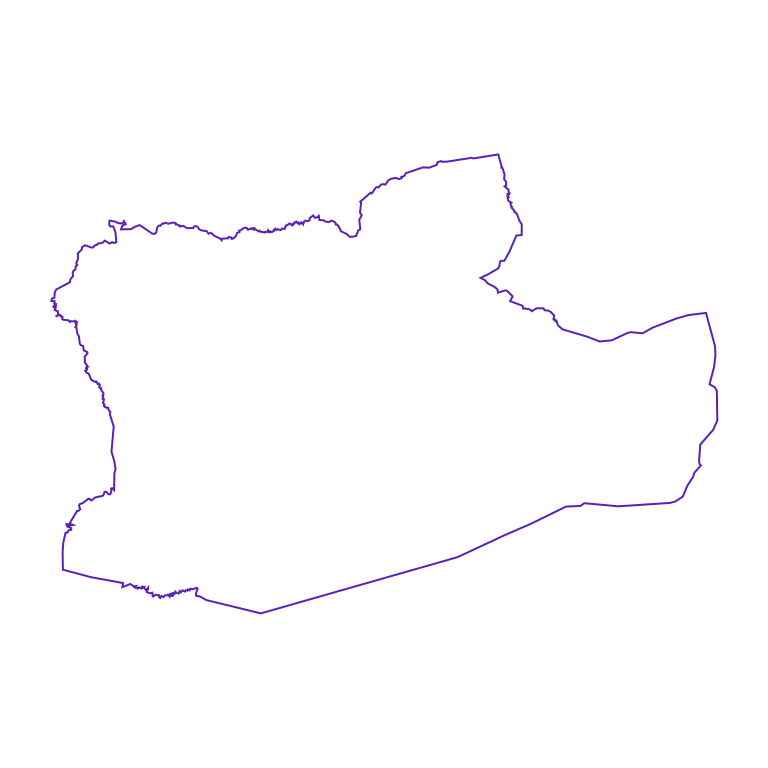 outline of Nueva Ecija, Nueva Ecija, Philippines, rotated 91°
{"feature_id": "2640588B46982966730152", "entity_name": "Nueva Ecija", "entity_type": "district", "adm_level": 2, "iso_a3": "PHL", "parent_name": "Philippines", "parent_adm1": "Nueva Ecija", "projection": "robinson", "projection_center": [120.823, 15.657], "detail": "fine", "context": "isolated", "style": "outline", "palette": "violet", "viewbox_px": 768, "rotation_deg": 91, "n_neighbors": 0, "source": "geoboundaries", "source_scale": "gbopen_adm2", "svg_char_len": 6120}
<svg xmlns="http://www.w3.org/2000/svg" viewBox="0 0 768 768"><g transform="rotate(91 384 384)"><path d="M615.5,503.2L555.8,307.4L533.6,261.9L520.9,234.1L503.4,199.9L502.5,185.5L499.7,181.6L502.2,147.5L497.9,96.0L496.4,90.7L491.4,83.3L480.4,78.9L471.7,73.5L467.3,72.1L459.9,65.8L458.2,67.2L454.9,67.6L439.0,66.7L424.2,54.2L414.7,50.1L385.1,51.1L381.6,53.1L378.5,58.5L360.9,54.2L349.5,53.1L340.5,53.7L307.3,63.3L309.8,80.9L313.4,92.7L322.9,116.3L328.7,126.2L327.9,138.8L329.1,142.3L336.4,157.1L337.7,169.2L333.1,181.8L326.2,206.5L322.4,211.0L317.9,212.7L318.2,213.4L317.3,213.6L317.4,214.4L316.5,215.4L316.1,214.8L315.0,215.6L312.9,215.0L311.7,215.6L311.5,216.4L309.3,218.1L307.7,221.3L307.5,224.7L305.6,225.8L305.6,232.7L308.6,237.4L307.4,238.6L306.4,241.2L306.7,242.6L305.8,244.3L306.2,246.0L303.4,246.8L299.0,259.3L294.1,256.9L288.4,263.0L288.4,264.7L290.7,271.7L287.8,272.0L285.3,274.6L281.6,282.1L278.5,284.8L276.2,289.3L272.9,282.5L266.6,272.1L263.8,270.6L260.1,270.3L258.9,269.5L258.7,265.8L249.7,261.0L233.2,254.2L232.7,249.0L222.1,249.0L218.5,251.4L211.8,254.0L209.7,255.9L209.7,256.7L208.2,257.0L205.5,259.6L204.5,259.2L203.7,260.2L201.2,260.7L200.5,259.8L198.5,263.0L195.7,263.6L195.3,262.9L194.6,263.9L193.9,263.9L194.0,263.1L191.9,263.7L192.0,262.0L190.9,261.8L189.8,262.8L187.6,262.8L184.2,266.9L183.3,265.4L179.9,265.4L177.1,267.5L172.4,267.1L166.1,269.3L165.7,270.4L164.9,270.0L152.5,273.8L156.9,298.5L156.3,300.2L160.6,324.9L160.8,329.9L160.1,330.8L161.4,334.5L163.9,334.9L166.9,342.6L166.8,349.0L172.8,365.8L175.7,367.4L176.6,370.2L177.7,369.8L178.6,371.7L178.8,373.1L177.7,375.7L178.8,381.0L180.6,383.4L184.6,386.0L184.2,388.9L184.8,390.5L187.5,392.8L187.2,394.5L187.8,395.7L193.3,399.2L193.7,400.0L193.0,400.8L202.1,410.9L202.8,410.0L213.1,411.0L215.6,409.2L220.2,411.6L229.7,410.4L230.9,412.4L236.5,414.5L237.3,418.2L237.4,420.9L234.8,423.7L231.9,430.0L229.9,430.5L226.7,432.6L225.4,433.7L225.4,434.9L223.5,435.4L221.9,438.0L221.6,439.7L223.1,441.9L222.6,445.7L221.5,446.7L221.2,451.4L217.0,452.2L218.3,453.4L219.1,456.0L216.7,457.8L219.6,461.2L221.7,461.3L222.5,463.5L222.0,465.4L222.5,466.5L225.1,467.4L224.4,467.6L223.9,469.3L224.9,469.3L224.5,470.3L225.6,471.3L224.8,471.6L224.9,472.5L224.0,472.6L224.4,473.6L223.1,474.6L223.9,476.0L224.5,475.1L224.3,476.3L225.7,476.9L225.5,478.3L226.1,478.6L226.5,477.8L227.1,478.6L225.1,481.2L227.3,484.1L227.3,485.0L230.6,486.0L230.3,488.6L231.8,489.8L231.6,492.0L230.9,493.0L231.9,494.5L230.6,495.4L231.9,497.0L232.8,496.6L234.1,498.7L233.5,500.1L234.2,500.6L232.5,502.3L233.9,502.2L233.5,503.2L234.1,503.5L233.9,505.1L234.7,506.2L234.2,506.7L234.1,509.5L232.9,511.1L233.7,511.8L231.5,515.4L232.1,516.6L231.3,517.2L230.4,516.8L230.5,518.1L231.4,518.8L230.8,519.8L232.1,522.6L230.3,524.2L230.3,526.6L232.8,529.9L233.2,531.5L234.7,531.2L235.4,533.4L238.8,534.8L241.3,537.5L241.5,538.8L240.3,539.0L239.7,542.0L241.1,542.7L241.4,548.3L243.1,548.9L241.6,550.1L238.8,556.2L235.8,559.7L236.8,562.1L234.3,563.8L233.6,569.2L232.5,571.5L229.9,573.3L229.4,575.1L229.9,576.8L231.4,577.5L231.6,583.7L229.4,587.5L230.1,590.6L229.1,590.8L229.0,592.4L227.6,594.3L227.9,595.0L226.9,595.1L226.2,597.3L227.5,602.4L226.6,605.7L227.6,607.1L227.3,608.3L229.7,610.4L229.5,611.7L231.4,613.5L236.2,614.3L237.8,615.7L237.8,618.1L229.4,631.0L230.9,635.3L233.6,639.8L234.0,649.6L230.3,648.4L228.6,645.0L224.7,647.4L226.5,646.5L228.0,648.5L227.8,652.8L226.6,654.4L225.4,661.3L229.5,661.6L231.1,660.6L231.3,657.3L237.4,655.1L246.9,654.1L247.8,656.2L246.9,658.2L248.4,660.8L245.5,665.7L247.8,667.9L248.7,672.7L250.1,673.7L250.3,675.4L252.5,677.4L252.7,679.0L250.5,685.1L252.4,688.3L254.9,688.6L258.7,692.4L264.0,692.1L268.9,693.8L270.5,692.8L271.6,694.3L274.8,694.5L276.3,696.5L278.3,697.2L281.6,696.8L284.5,699.3L287.8,699.9L295.2,713.3L297.9,714.7L303.6,715.1L304.3,717.5L306.8,717.9L307.0,714.8L309.4,715.0L309.7,713.4L312.1,713.5L311.4,714.8L312.5,716.0L314.3,713.8L315.9,714.5L316.9,711.4L319.4,711.2L320.3,710.3L322.4,713.6L320.5,709.7L321.2,708.2L322.0,708.5L322.6,706.6L324.5,706.9L325.4,705.9L325.8,700.8L327.5,699.0L326.7,698.5L326.8,694.1L326.2,693.7L327.3,692.7L327.0,691.6L327.9,692.6L329.2,692.4L329.2,693.2L330.5,692.5L332.2,693.3L332.1,692.7L339.0,691.5L341.6,689.9L348.8,688.9L350.5,687.9L351.1,685.6L355.7,684.7L357.3,681.2L358.5,681.0L361.8,683.7L367.6,683.5L371.8,680.4L372.0,681.5L373.1,681.3L372.8,681.9L373.6,682.3L374.6,681.3L375.5,681.7L376.0,682.9L377.8,681.7L378.8,679.4L384.8,676.9L386.6,673.6L386.5,671.9L387.1,672.1L387.7,670.8L389.0,670.3L388.7,668.8L389.7,668.8L390.1,668.1L392.0,668.7L393.1,668.1L393.1,666.7L395.1,666.6L397.9,664.4L400.2,664.5L400.4,665.2L402.1,664.4L403.0,665.2L404.1,664.9L404.4,663.7L408.1,664.6L409.4,663.2L410.9,663.6L411.8,662.8L411.7,661.8L412.6,661.3L412.6,659.3L414.9,658.8L416.8,657.1L418.6,657.7L431.3,653.5L456.5,655.3L465.5,652.4L473.9,650.9L477.8,652.0L494.9,652.0L492.9,654.0L493.3,655.0L497.2,654.9L499.1,655.9L499.0,657.5L496.7,659.7L496.7,661.5L500.2,662.7L500.9,663.9L502.5,670.8L505.5,674.3L505.1,675.5L504.1,676.1L504.1,677.9L508.3,683.0L509.3,686.0L510.9,686.9L514.5,685.5L516.2,687.3L516.2,688.6L529.0,696.0L530.4,692.5L531.1,697.0L529.5,698.3L529.8,699.2L532.1,698.1L533.5,694.2L535.2,694.2L535.9,696.9L538.1,697.9L538.2,699.8L548.4,701.9L557.7,702.4L575.3,701.8L582.3,673.4L587.6,641.4L591.7,642.0L588.4,634.1L590.6,630.7L590.4,628.9L591.5,630.1L592.3,628.5L591.8,626.8L592.7,626.5L591.7,625.4L592.5,623.6L590.7,622.3L590.9,621.4L592.2,621.8L591.3,620.0L592.3,620.2L594.3,618.1L592.0,616.4L593.5,616.4L595.4,617.8L596.2,617.4L597.3,614.7L596.7,611.9L599.9,611.7L600.5,611.0L598.6,608.8L599.2,607.4L599.0,605.4L601.4,604.9L601.9,604.0L599.8,602.9L600.9,600.7L599.1,599.4L599.2,597.5L598.4,596.3L600.3,594.7L597.6,594.2L597.7,593.4L599.5,592.6L599.7,591.6L599.0,591.1L597.9,592.5L597.1,592.4L596.6,591.1L597.3,589.6L595.3,589.0L596.6,587.7L597.1,585.7L594.6,584.7L595.9,583.5L593.8,581.9L595.0,579.4L593.6,578.6L594.1,576.9L592.9,576.5L593.7,574.7L592.1,574.1L592.5,572.0L591.1,567.4L592.2,566.8L596.0,568.2L598.9,568.3L599.8,564.0L603.2,557.7L615.5,503.2Z" fill="none" stroke="#5b21b6" stroke-width="2"/></g></svg>